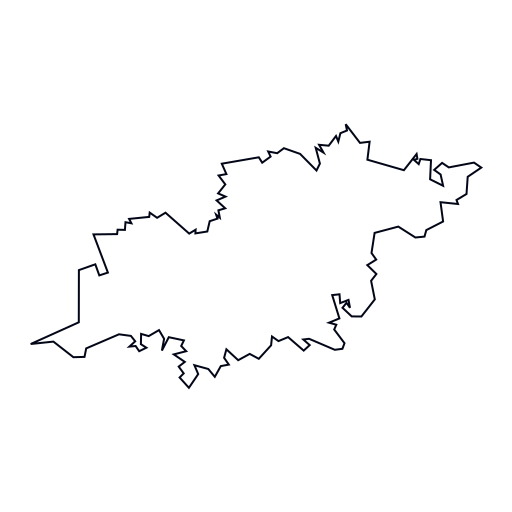 Minatitlán, Veracruz, Mexico (Natural Earth projection), rotated 90°
{"feature_id": "50627088B22697915736316", "entity_name": "Minatitlán", "entity_type": "district", "adm_level": 2, "iso_a3": "MEX", "parent_name": "Mexico", "parent_adm1": "Veracruz", "projection": "natural_earth1", "projection_center": [-94.427, 17.705], "detail": "medium", "context": "isolated", "style": "outline", "palette": "ink", "viewbox_px": 512, "rotation_deg": 90, "n_neighbors": 0, "source": "geoboundaries", "source_scale": "gbopen_adm2", "svg_char_len": 1942}
<svg xmlns="http://www.w3.org/2000/svg" viewBox="0 0 512 512"><g transform="rotate(90 256 256)"><path d="M142.9,152.0L124.2,166.3L130.5,165.0L133.2,171.6L141.6,173.7L136.0,176.0L145.7,183.3L144.8,192.9L152.6,188.5L147.8,196.3L163.6,192.1L170.5,195.5L153.9,211.9L148.2,228.1L153.2,234.8L151.5,243.8L156.6,241.4L162.7,249.8L157.3,253.2L163.7,290.2L174.1,285.6L175.5,293.4L184.4,286.7L193.4,293.9L196.6,286.5L200.4,295.4L208.3,286.8L210.3,293.6L217.7,292.2L214.6,295.9L218.6,294.5L221.2,302.3L231.5,304.7L233.4,316.6L229.7,316.4L233.6,322.8L212.7,346.5L217.8,354.9L212.6,362.3L216.9,362.8L218.9,382.9L223.3,380.6L222.2,386.5L229.9,387.1L229.7,394.4L234.1,394.9L234.4,418.5L272.6,404.1L275.4,412.7L264.3,416.7L270.1,433.1L322.3,433.2L344.0,481.3L341.6,458.6L357.2,438.6L356.9,427.5L348.4,425.8L334.3,393.0L335.9,381.1L341.3,376.8L346.6,382.6L346.0,376.4L351.2,372.8L347.7,365.6L344.2,371.1L333.9,370.9L336.1,363.3L330.1,353.0L338.8,347.9L350.6,350.1L337.2,343.2L340.4,328.1L346.0,330.8L351.2,325.8L354.4,338.2L361.9,327.2L366.6,333.3L373.4,328.3L377.5,332.4L387.8,323.1L374.1,313.8L365.2,317.6L369.0,303.7L376.8,297.2L366.1,291.2L364.6,283.2L357.8,287.9L349.3,285.6L360.2,273.8L353.9,262.3L358.8,253.2L345.3,240.9L336.5,240.0L341.1,233.5L337.1,223.9L350.6,208.3L345.1,202.3L339.5,208.7L338.8,202.9L349.8,177.2L348.8,169.6L343.2,167.5L329.5,177.8L324.7,175.7L322.7,183.0L318.4,172.6L295.1,179.8L294.3,172.5L303.1,171.8L299.9,163.5L307.8,162.0L302.8,165.5L307.8,169.5L316.4,160.3L316.5,150.6L299.4,137.2L280.8,140.9L274.0,135.6L265.1,144.7L259.6,135.8L253.0,140.5L232.9,137.4L226.6,113.7L237.5,96.6L236.6,87.5L230.1,85.7L221.5,68.9L202.2,71.5L204.0,54.0L200.0,55.5L194.0,45.5L176.8,44.3L167.6,30.7L162.6,38.0L167.4,63.2L162.9,69.9L169.9,77.8L174.5,71.4L185.8,68.9L179.3,81.9L160.2,81.0L159.0,91.6L164.1,93.3L159.9,98.0L158.8,94.6L154.0,95.4L170.2,108.1L159.7,144.6L141.7,142.4L142.9,152.0Z" fill="none" stroke="#020617" stroke-width="2"/></g></svg>